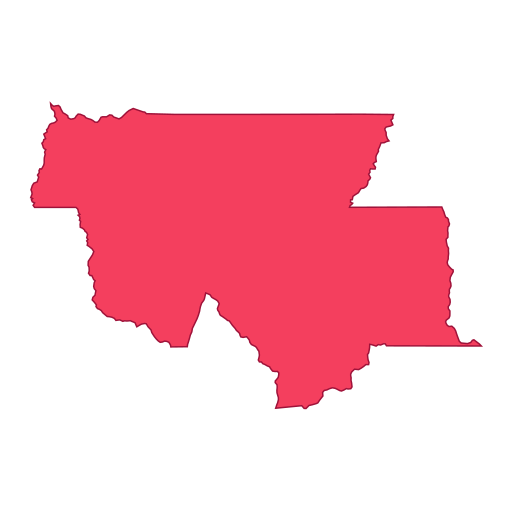 Buritis, Rondônia, Brazil
{"feature_id": "56859067B51583375651636", "entity_name": "Buritis", "entity_type": "district", "adm_level": 2, "iso_a3": "BRA", "parent_name": "Brazil", "parent_adm1": "Rondônia", "projection": "orthographic", "projection_center": [-63.964, -10.088], "detail": "fine", "context": "isolated", "style": "filled", "palette": "rose", "viewbox_px": 512, "rotation_deg": 0, "n_neighbors": 0, "source": "geoboundaries", "source_scale": "gbopen_adm2", "svg_char_len": 5239}
<svg xmlns="http://www.w3.org/2000/svg" viewBox="0 0 512 512"><path d="M34.6,207.4L76.0,207.4L77.7,209.0L78.2,210.7L78.6,212.7L79.9,214.4L78.1,215.2L79.5,216.5L80.0,218.2L79.4,220.2L80.6,221.3L80.1,224.5L80.3,227.3L82.5,228.2L84.4,229.8L85.1,231.4L86.5,232.3L87.6,234.5L86.7,237.8L88.0,239.4L86.7,240.9L87.7,242.6L87.2,245.3L88.7,246.2L92.1,248.9L93.8,251.5L92.5,254.8L88.3,261.3L88.1,265.3L89.1,267.3L89.2,271.1L88.5,273.2L90.1,275.5L91.8,275.6L92.7,277.4L93.7,279.6L95.1,280.7L94.2,282.8L93.7,286.4L94.3,288.7L95.9,290.6L95.4,293.1L95.0,295.2L92.9,297.3L92.2,299.9L94.3,302.2L96.4,304.9L96.0,306.6L97.5,308.6L99.5,309.4L101.3,310.6L102.7,312.7L107.2,316.5L109.4,316.7L111.9,317.2L114.4,318.4L115.9,320.4L117.8,320.1L119.8,319.9L122.8,321.3L124.6,320.8L126.9,321.0L130.3,320.7L131.8,321.4L133.4,322.0L135.1,322.8L135.9,324.8L136.8,326.8L139.5,325.2L141.5,324.1L144.6,323.5L146.3,323.8L148.0,326.7L151.0,329.9L151.8,332.6L154.3,336.5L156.4,339.1L158.3,341.0L160.2,342.3L162.4,342.0L164.6,341.1L166.8,341.4L168.9,342.3L170.5,345.0L170.8,346.9L187.3,346.7L187.6,344.3L188.3,342.3L189.5,338.2L190.3,335.1L191.8,331.9L192.4,328.3L193.4,326.3L197.0,318.8L198.3,315.4L199.6,311.1L199.9,309.1L200.4,306.7L201.6,303.2L203.7,300.4L204.4,298.8L205.7,293.0L207.9,293.8L210.0,294.7L211.8,297.3L213.4,298.3L215.8,299.6L217.7,301.0L219.2,303.7L217.9,307.2L217.4,308.7L217.8,310.3L219.0,312.0L219.6,313.9L220.4,315.3L222.2,316.4L225.9,319.0L227.5,320.4L229.3,320.9L232.4,325.3L235.2,328.5L236.4,330.4L237.8,331.6L239.6,333.4L240.1,335.4L240.8,336.9L243.1,337.4L246.6,336.7L248.2,338.5L249.3,340.0L249.9,342.4L251.4,344.5L255.3,346.4L256.5,347.5L257.8,349.8L258.9,351.2L259.4,355.1L259.1,357.1L258.3,360.0L259.4,361.9L261.5,362.0L262.7,363.6L264.9,364.5L267.3,365.9L269.6,366.8L270.6,368.6L272.6,371.1L275.1,371.5L277.4,371.4L278.8,372.9L278.7,374.9L278.2,377.4L276.5,379.6L275.3,380.9L275.2,382.6L277.0,384.7L277.2,386.8L277.1,388.5L276.9,390.2L277.0,392.8L278.4,397.6L278.4,399.8L277.6,402.9L276.9,404.5L275.7,408.2L301.7,405.7L303.0,407.1L304.1,408.4L306.0,408.5L307.8,406.7L308.9,405.5L312.0,404.8L316.2,403.6L317.8,402.9L319.8,399.9L322.9,396.0L322.6,392.4L324.3,390.4L326.9,389.9L328.5,389.1L330.0,388.5L332.4,387.8L335.1,388.3L336.9,389.1L339.8,390.6L341.5,391.0L343.9,390.0L346.3,388.6L348.1,389.0L350.8,388.7L352.0,386.9L351.6,383.0L351.0,380.3L351.1,377.8L350.7,375.7L350.7,374.0L351.8,371.8L354.5,369.2L358.6,369.6L361.1,368.2L363.7,366.4L365.8,364.6L368.6,364.6L369.0,362.5L368.0,359.5L367.7,357.1L367.5,354.5L368.6,353.0L369.2,350.0L369.6,347.5L369.7,344.3L371.8,344.7L374.0,345.4L376.1,346.1L378.2,344.6L380.6,345.0L383.5,343.8L385.2,343.8L386.5,345.8L481.3,346.0L479.4,344.0L473.9,339.8L472.4,340.3L470.7,342.5L467.5,343.6L461.2,343.0L459.3,341.3L457.4,336.2L456.5,333.6L455.7,331.0L454.3,328.4L451.8,326.2L449.0,326.5L447.3,325.4L446.1,323.4L445.6,321.8L446.3,320.1L449.0,318.0L449.8,316.0L449.9,313.9L449.9,310.9L448.4,308.9L448.2,306.7L449.7,304.5L450.2,302.2L450.0,299.4L448.7,296.8L448.7,295.0L449.5,292.8L449.3,291.1L449.4,289.2L450.3,287.8L451.0,286.0L450.8,283.2L449.9,280.6L450.3,277.3L451.4,275.1L453.2,271.8L453.1,269.9L451.6,269.2L449.4,266.9L447.7,264.7L447.2,262.4L447.6,260.6L448.2,259.0L448.2,257.0L448.6,253.6L448.4,250.7L448.5,248.2L447.2,245.9L446.4,242.1L446.1,239.3L447.9,237.3L447.9,235.4L448.0,233.0L447.6,230.8L447.9,227.0L448.9,225.9L449.5,223.9L448.5,221.2L448.4,219.4L447.3,217.9L445.7,217.2L444.7,214.7L443.9,211.9L442.6,209.1L441.8,207.0L351.4,207.3L349.5,207.3L350.1,205.5L351.7,204.5L352.7,203.2L350.5,202.2L350.6,199.8L352.3,199.7L352.9,196.4L354.6,195.1L358.4,192.7L360.1,189.8L361.1,188.5L363.7,188.1L366.1,186.5L367.3,184.8L367.8,183.0L368.0,180.9L369.8,179.2L370.5,177.7L369.5,175.8L368.6,174.1L370.0,172.3L369.7,170.4L370.5,168.8L372.4,169.0L375.1,169.0L375.5,167.2L374.4,165.7L373.2,163.8L374.5,162.4L376.3,161.6L375.9,158.8L375.9,156.8L376.5,154.9L378.5,151.3L378.3,149.5L379.6,146.7L381.0,142.9L384.2,142.7L386.4,141.6L389.0,140.9L387.4,138.8L386.2,135.4L386.1,132.4L385.1,130.3L384.8,128.7L386.2,127.0L390.6,126.0L392.9,124.8L390.9,120.1L392.8,118.5L392.8,116.6L393.6,114.5L360.7,114.2L309.7,114.3L251.2,114.4L239.1,114.4L175.8,114.4L174.2,114.4L146.4,113.7L144.8,112.1L143.1,111.9L133.2,108.5L129.1,110.5L126.8,112.3L121.5,117.5L119.0,118.9L113.7,117.0L111.9,115.2L109.6,114.9L106.6,116.8L102.4,116.8L101.0,117.3L99.2,120.5L97.4,122.3L94.9,122.1L92.7,120.4L90.8,119.4L88.0,118.6L85.9,117.8L84.4,116.0L80.3,114.3L78.1,114.1L76.1,116.2L75.3,117.7L73.9,118.6L70.8,119.2L68.2,117.9L67.7,115.7L65.2,114.0L63.0,112.8L61.0,109.3L60.1,107.0L58.5,105.5L55.5,105.9L53.7,106.3L52.2,105.3L50.6,103.5L51.0,106.8L51.6,108.7L54.4,111.3L55.0,114.1L54.5,116.2L56.1,118.0L57.1,120.3L55.4,122.1L53.5,123.0L51.5,123.4L49.8,124.4L48.8,126.2L48.0,128.3L46.6,129.8L47.2,131.8L43.8,134.1L45.6,138.7L43.8,139.6L43.3,141.7L41.9,143.2L42.9,145.9L43.3,147.5L44.3,148.8L45.8,149.6L44.6,152.1L45.2,154.2L44.3,157.8L44.2,160.4L44.2,163.1L43.7,165.2L41.6,169.0L39.9,168.8L39.0,170.6L39.3,172.5L37.5,175.1L38.7,177.1L38.1,179.0L37.2,181.9L33.8,183.2L32.3,185.6L31.0,189.8L31.8,191.8L32.1,194.0L30.7,197.7L32.6,198.5L31.4,199.7L32.3,201.8L34.6,202.9L33.1,205.3L34.6,207.4Z" fill="#f43f5e" stroke="#9f1239" stroke-width="1.5"/></svg>